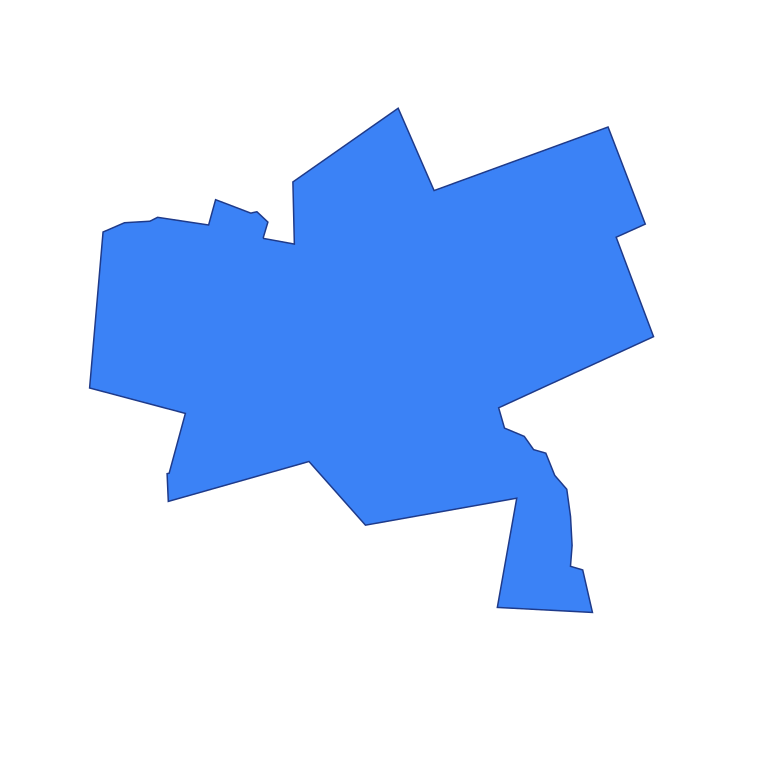 Redcliff, Midlands, Zimbabwe, rotated 168°
{"feature_id": "62879985B17872129948675", "entity_name": "Redcliff", "entity_type": "district", "adm_level": 2, "iso_a3": "ZWE", "parent_name": "Zimbabwe", "parent_adm1": "Midlands", "projection": "mercator", "projection_center": [29.763, -19.011], "detail": "fine", "context": "isolated", "style": "filled", "palette": "blue", "viewbox_px": 768, "rotation_deg": 168, "n_neighbors": 0, "source": "geoboundaries", "source_scale": "gbopen_adm2", "svg_char_len": 758}
<svg xmlns="http://www.w3.org/2000/svg" viewBox="0 0 768 768"><g transform="rotate(168 384 384)"><path d="M319.6,141.9L227.6,117.2L228.3,160.8L239.5,166.9L233.6,186.9L229.1,215.6L227.1,243.0L236.0,259.1L240.1,282.7L251.3,288.7L257.7,303.6L275.3,315.8L276.8,336.7L276.8,336.9L223.9,348.8L207.3,352.5L195.6,355.2L186.8,357.1L110.5,374.3L116.1,411.0L126.4,479.3L95.2,486.1L111.4,588.8L294.8,562.8L312.8,650.8L431.1,600.6L442.6,539.5L471.5,551.4L471.6,552.4L463.9,566.5L472.5,578.9L474.6,578.9L476.6,578.9L478.7,578.8L510.4,599.3L522.5,576.0L570.8,594.1L579.2,591.9L604.3,595.7L627.2,591.1L672.8,441.3L584.4,396.5L612.7,341.4L614.8,341.4L619.4,314.0L473.5,323.8L431.5,249.8L277.9,244.7L319.6,141.9Z" fill="#3b82f6" stroke="#1e3a8a" stroke-width="1.5"/></g></svg>